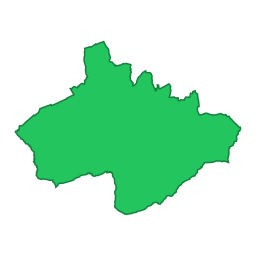 Slatioara, Vâlcea, Romania
{"feature_id": "2599482B39717534471231", "entity_name": "Slatioara", "entity_type": "district", "adm_level": 2, "iso_a3": "ROU", "parent_name": "Romania", "parent_adm1": "Vâlcea", "projection": "equal_earth", "projection_center": [23.883, 45.127], "detail": "fine", "context": "isolated", "style": "filled", "palette": "green", "viewbox_px": 256, "rotation_deg": 0, "n_neighbors": 0, "source": "geoboundaries", "source_scale": "gbopen_adm2", "svg_char_len": 5777}
<svg xmlns="http://www.w3.org/2000/svg" viewBox="0 0 256 256"><path d="M122.7,212.9L124.0,213.4L124.5,214.1L125.8,214.0L126.8,214.4L128.2,213.9L131.4,213.6L133.5,212.7L136.2,212.4L137.3,211.4L140.6,210.7L144.2,209.5L145.9,208.5L146.8,207.2L148.1,206.2L151.3,205.2L153.0,203.5L153.3,202.7L156.4,202.4L157.8,202.9L157.9,203.7L160.4,204.1L161.1,202.9L162.5,201.8L163.8,199.7L165.7,198.2L166.4,196.6L167.5,195.6L168.3,195.5L170.7,196.2L172.1,196.0L172.6,195.7L173.7,193.8L176.2,192.1L176.1,191.7L176.5,189.7L177.8,188.2L178.5,186.8L179.5,185.6L181.3,184.7L181.7,184.1L181.7,183.8L182.1,183.0L183.2,182.5L184.9,181.0L185.8,180.9L187.3,179.9L189.6,179.3L189.9,178.2L190.4,178.0L191.1,177.4L193.3,176.0L193.7,176.2L194.7,176.0L195.8,173.7L197.4,172.5L197.3,170.6L197.8,169.6L198.5,169.6L200.3,168.6L200.7,168.2L201.1,167.0L201.3,167.0L201.2,167.6L201.7,167.6L202.5,165.6L204.7,162.7L211.4,162.4L214.1,161.8L216.3,161.0L217.5,161.0L220.6,161.1L222.4,161.7L222.7,161.3L224.2,161.1L227.0,161.8L228.2,162.5L228.6,162.5L227.7,159.2L228.9,154.1L228.9,152.1L228.7,150.8L228.9,149.2L229.6,148.3L229.4,147.1L230.3,146.8L231.6,145.9L233.1,145.4L233.1,144.6L233.4,144.1L233.9,143.7L233.9,143.0L234.0,142.5L234.8,141.3L236.4,141.2L236.9,138.9L236.8,138.4L236.4,137.7L236.6,136.0L237.1,135.2L238.1,134.3L238.3,132.9L238.2,131.9L238.4,131.4L239.6,131.2L240.0,130.5L240.1,129.3L240.6,128.9L240.3,127.2L239.1,127.2L236.9,124.8L233.9,122.2L231.7,119.5L229.9,118.1L229.4,116.6L229.1,116.5L228.6,116.6L228.0,116.4L227.4,116.6L226.7,115.9L226.2,115.0L225.7,115.0L225.6,114.6L225.0,115.0L223.4,114.9L220.8,113.5L215.7,114.9L213.9,115.0L210.6,114.6L206.3,113.1L203.9,113.7L202.1,114.6L199.5,114.9L198.6,113.5L197.3,110.1L197.6,106.6L199.0,106.6L199.1,106.3L198.5,100.4L197.5,95.8L197.6,94.2L197.4,93.9L196.5,93.3L195.3,92.2L195.2,91.1L195.5,90.3L194.7,91.1L193.2,91.3L193.0,91.9L192.8,91.9L192.7,93.0L192.4,93.7L190.6,93.2L190.2,94.6L190.1,96.5L189.9,97.2L185.8,97.1L184.3,99.4L184.4,100.1L180.5,99.8L180.2,100.6L178.2,100.6L178.3,98.7L177.6,98.5L177.8,97.8L175.7,97.9L174.2,97.3L173.9,96.9L172.7,97.3L172.2,97.1L169.9,97.5L169.2,97.2L169.5,96.1L169.9,95.4L170.6,92.5L170.5,91.6L170.9,90.5L170.9,90.0L170.5,89.7L170.3,88.5L170.7,86.3L169.5,84.5L168.8,83.9L164.4,86.5L159.9,88.8L159.3,88.4L158.9,87.8L158.6,85.2L157.4,84.9L157.4,86.0L157.7,87.8L155.7,88.5L156.6,90.2L155.7,90.8L153.7,86.7L153.1,85.1L153.1,84.5L152.7,84.2L152.1,82.6L152.0,81.6L152.3,80.3L152.0,79.4L151.8,78.2L152.0,76.5L152.0,75.8L151.1,73.8L150.8,73.2L149.4,72.6L146.3,72.7L145.9,72.0L145.9,71.0L145.1,71.1L143.0,72.4L141.7,73.7L140.3,75.8L139.3,76.4L138.3,77.5L137.2,80.0L136.8,81.5L136.7,82.5L136.3,83.4L135.1,84.6L133.0,86.1L132.7,85.4L132.7,84.7L133.2,83.1L130.7,80.2L130.3,79.3L130.4,78.6L130.1,76.4L130.2,76.0L130.7,75.5L130.3,74.2L130.4,73.8L131.2,72.7L131.2,72.1L131.0,71.1L130.2,69.9L130.3,69.6L131.0,69.3L130.5,68.4L130.3,67.2L130.9,64.9L130.6,64.6L127.7,63.8L127.3,63.9L126.3,63.4L124.4,63.8L123.8,63.6L122.8,63.8L120.5,65.2L119.7,65.1L119.3,65.5L118.5,65.4L118.2,65.6L116.5,65.7L115.8,65.2L115.3,65.9L112.5,62.4L109.8,61.6L109.4,61.1L109.3,60.2L110.1,59.1L110.4,57.5L109.9,55.7L109.1,54.2L108.5,49.4L107.7,48.3L107.3,47.6L105.9,46.2L103.7,41.6L98.8,43.3L96.6,44.6L95.9,43.9L92.1,46.5L90.3,47.2L89.9,46.8L84.7,48.4L85.1,49.1L84.5,51.7L84.7,55.8L84.1,57.3L84.1,61.0L85.9,67.4L85.5,70.3L86.0,72.7L86.1,74.2L87.1,76.0L87.5,77.2L86.6,77.5L86.4,78.6L85.7,79.7L84.7,80.4L84.5,81.2L85.0,82.3L84.1,84.2L82.6,83.5L81.6,83.6L79.9,84.7L79.3,85.9L77.9,86.4L78.0,86.8L77.7,87.1L77.4,87.7L73.8,86.6L72.8,87.5L72.0,88.5L70.3,88.6L73.9,94.7L66.9,98.2L67.0,98.7L51.7,105.7L51.1,104.6L40.1,108.6L39.7,109.1L39.5,110.5L38.5,112.6L34.5,115.6L33.9,115.1L26.2,121.8L22.1,125.7L19.4,125.9L19.2,126.7L19.4,128.6L18.7,129.2L18.9,130.0L18.4,130.4L17.6,130.0L17.4,130.3L17.3,131.1L16.1,131.0L15.4,131.5L16.3,133.4L16.7,133.6L17.7,135.3L20.0,137.2L21.0,139.0L21.4,139.1L22.3,139.0L23.2,139.7L23.2,140.3L23.6,140.9L24.1,141.5L24.6,141.6L24.7,142.2L25.3,142.7L25.6,143.7L27.7,144.0L28.4,144.7L28.4,145.0L28.9,145.2L29.0,145.6L29.5,145.5L29.5,146.1L30.0,146.3L30.1,146.8L30.5,146.7L30.5,147.2L31.2,147.8L31.3,148.2L31.1,148.8L31.6,149.3L31.5,149.7L32.7,150.6L33.1,151.3L34.0,151.7L34.0,152.9L34.4,153.7L33.9,154.6L33.9,155.2L34.3,155.5L34.4,156.4L34.1,156.7L34.4,157.1L34.5,157.8L34.4,158.4L34.1,158.7L34.4,158.9L34.1,159.3L34.5,159.8L34.1,160.1L34.3,160.4L34.3,160.8L33.6,161.7L34.3,162.0L34.2,162.4L34.8,162.6L34.6,163.0L34.9,163.3L35.0,164.2L35.3,164.9L36.1,165.2L36.5,165.7L36.5,165.9L36.9,166.0L36.8,166.3L37.1,166.5L36.8,167.5L37.1,167.7L37.4,168.3L37.6,169.6L37.4,169.9L37.5,170.3L37.3,170.6L37.3,170.9L36.8,171.2L36.9,171.6L36.5,172.0L36.7,173.8L36.2,174.5L36.4,175.0L36.3,175.3L37.5,176.9L37.6,177.9L40.5,179.3L41.7,179.3L43.4,178.8L45.5,179.4L46.8,179.4L50.1,180.4L51.4,180.2L52.8,180.2L52.7,181.5L53.3,182.3L54.3,183.0L54.7,183.8L55.5,185.1L55.9,187.2L56.7,186.3L57.7,185.6L58.1,184.8L58.4,183.7L58.6,183.6L60.8,183.2L62.6,183.3L72.5,180.5L73.6,180.0L74.2,179.0L75.0,178.9L75.5,178.2L79.0,177.0L81.2,175.3L86.0,174.6L87.0,174.2L87.6,173.7L89.3,173.5L88.7,173.1L90.3,173.1L90.5,173.5L91.3,173.7L90.9,174.0L92.6,175.7L94.0,176.2L95.0,176.2L95.8,175.6L97.9,175.6L99.5,174.8L100.6,174.6L101.4,174.0L102.3,174.0L103.4,173.1L104.4,172.5L104.9,172.0L105.8,171.7L107.0,171.4L106.9,172.7L109.6,172.4L109.6,171.8L110.5,171.8L111.1,172.4L111.6,172.4L111.7,172.7L111.6,173.0L112.2,173.2L112.6,173.8L112.5,175.1L112.7,176.3L114.4,178.7L114.5,180.5L114.8,181.0L114.6,182.2L114.7,183.3L115.9,185.3L116.1,186.2L115.9,189.4L115.1,190.9L114.8,191.9L114.8,193.2L115.7,195.9L115.4,197.5L115.4,200.0L114.8,201.5L115.1,204.3L114.7,205.7L114.6,206.7L115.1,207.3L118.5,210.6L121.4,212.1L122.1,212.3L122.7,212.9Z" fill="#22c55e" stroke="#15803d" stroke-width="1.5"/></svg>